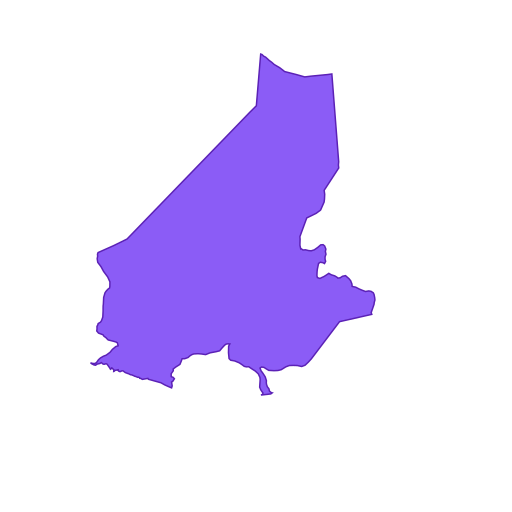 outline of San Juan Juquila Vijanos, Oaxaca, Mexico, rotated 130°
{"feature_id": "50627088B54668599036443", "entity_name": "San Juan Juquila Vijanos", "entity_type": "district", "adm_level": 2, "iso_a3": "MEX", "parent_name": "Mexico", "parent_adm1": "Oaxaca", "projection": "orthographic", "projection_center": [-96.282, 17.33], "detail": "fine", "context": "isolated", "style": "filled", "palette": "violet", "viewbox_px": 512, "rotation_deg": 130, "n_neighbors": 0, "source": "geoboundaries", "source_scale": "gbopen_adm2", "svg_char_len": 3624}
<svg xmlns="http://www.w3.org/2000/svg" viewBox="0 0 512 512"><g transform="rotate(130 256 256)"><path d="M226.3,129.8L225.3,131.4L217.2,134.5L215.5,135.6L213.3,136.6L211.7,138.2L209.6,140.8L208.8,142.5L209.1,145.1L210.3,147.2L212.8,149.3L214.0,152.7L215.0,156.0L215.8,159.6L217.5,162.8L215.8,164.5L214.1,167.6L213.6,170.2L213.5,174.8L215.9,176.7L218.6,177.5L220.3,179.1L220.2,180.3L220.6,182.9L222.0,186.3L222.5,189.1L225.4,189.9L228.2,190.8L229.8,191.6L232.1,192.6L233.1,195.1L231.9,196.7L228.8,199.1L226.7,200.5L221.5,203.3L219.4,202.7L218.0,200.2L217.8,198.7L217.0,198.8L215.2,199.3L215.1,199.5L215.0,199.8L214.0,201.1L212.2,202.6L209.7,203.5L207.9,205.8L205.8,206.9L204.2,209.8L204.2,211.9L205.9,213.6L209.6,214.2L213.8,215.3L216.6,217.1L218.1,219.3L219.4,222.0L221.2,223.9L221.4,226.6L221.6,226.6L219.5,229.3L214.7,233.1L213.0,234.8L194.2,241.6L189.8,239.6L184.5,237.3L179.5,236.1L179.1,236.1L170.9,238.5L168.4,240.1L164.5,243.1L161.9,246.0L135.4,249.2L133.3,251.4L130.7,253.2L89.0,294.1L67.8,314.9L71.1,317.9L82.7,329.3L87.5,333.8L91.2,342.0L96.3,352.6L96.5,358.6L97.6,365.2L97.5,368.5L97.7,371.7L97.5,376.5L98.0,378.6L97.8,380.9L98.3,382.2L140.7,352.3L149.4,353.1L251.5,360.4L325.9,365.7L339.5,371.7L354.9,379.2L356.5,378.6L357.9,377.2L360.2,375.9L362.6,373.1L363.8,367.9L365.8,362.8L367.4,356.1L369.7,351.3L373.1,348.5L374.6,347.6L376.7,348.1L379.5,348.2L381.3,348.0L385.6,346.1L391.0,342.0L392.4,341.1L394.5,339.4L396.4,337.8L400.2,334.9L401.3,334.1L404.8,332.8L406.7,332.6L409.2,333.5L410.5,332.9L412.1,332.6L414.1,330.9L415.8,329.8L416.3,327.1L415.7,325.4L414.7,322.6L415.2,320.9L415.0,318.5L415.3,316.0L415.3,315.2L413.1,310.7L411.9,308.0L411.6,306.4L413.4,303.9L415.5,305.2L419.9,306.0L423.5,305.9L428.2,307.0L430.9,308.5L434.0,309.6L436.7,310.0L440.1,309.7L441.7,310.2L442.6,311.1L443.4,312.3L444.2,314.1L444.1,312.1L443.8,311.1L443.6,310.1L442.8,308.7L440.9,308.2L438.7,306.5L437.1,306.0L437.1,304.6L437.1,303.7L436.5,302.7L434.9,301.6L434.6,300.5L435.8,296.0L436.3,294.7L435.3,294.4L434.5,294.6L434.3,293.8L434.6,292.6L434.5,291.8L435.9,290.8L435.6,290.6L434.2,290.4L433.2,289.7L432.8,289.1L432.0,288.8L431.7,288.5L432.4,287.9L432.4,286.9L432.0,285.8L430.4,285.0L430.1,284.9L429.6,284.3L429.5,283.7L429.4,283.4L429.4,282.1L429.3,281.1L428.7,279.5L428.5,278.8L428.2,278.4L427.6,275.8L427.0,274.9L426.4,273.1L426.1,271.7L425.6,270.7L425.0,268.7L424.3,268.0L424.1,267.0L424.4,266.5L423.8,265.4L423.6,263.8L419.2,260.1L419.6,259.2L418.4,256.6L416.2,251.7L414.2,247.3L413.4,243.0L412.4,239.5L411.3,235.9L409.4,236.7L406.8,239.7L405.6,239.2L402.5,239.6L402.2,241.4L402.9,243.4L400.7,245.3L397.1,245.6L395.8,246.8L392.6,246.1L390.1,245.3L387.9,244.6L384.2,245.8L382.2,246.6L380.5,244.6L377.4,242.8L375.2,242.5L372.9,241.8L371.0,240.7L368.1,237.6L366.1,234.8L363.9,231.2L359.8,229.0L357.7,227.3L354.9,225.0L352.0,222.9L348.4,222.9L344.5,222.7L342.8,222.3L341.3,221.1L340.2,219.5L341.5,219.3L342.8,218.9L347.8,214.9L351.9,210.7L352.1,208.4L350.1,204.9L348.6,200.2L348.2,196.5L348.1,194.1L347.1,192.1L345.5,190.4L345.2,187.2L344.6,182.6L344.8,178.5L346.5,174.9L348.1,173.3L354.1,168.9L355.5,166.2L356.5,162.6L357.6,162.0L359.3,162.8L354.4,158.1L353.6,157.4L352.7,156.5L352.1,156.0L350.4,155.6L350.8,156.5L350.9,158.7L349.4,160.8L348.9,163.2L347.6,165.4L346.4,166.7L344.8,167.9L342.7,171.2L342.1,173.0L341.1,176.4L340.8,178.1L340.2,179.2L339.3,180.9L337.5,180.4L336.2,178.3L335.9,175.7L335.4,172.7L332.2,168.4L329.6,165.6L326.9,163.6L321.7,161.9L318.5,160.1L315.9,157.2L313.3,153.9L311.3,150.0L308.1,148.2L303.7,147.7L299.2,147.5L252.6,149.8L226.3,129.8Z" fill="#8b5cf6" stroke="#5b21b6" stroke-width="1.5"/></g></svg>